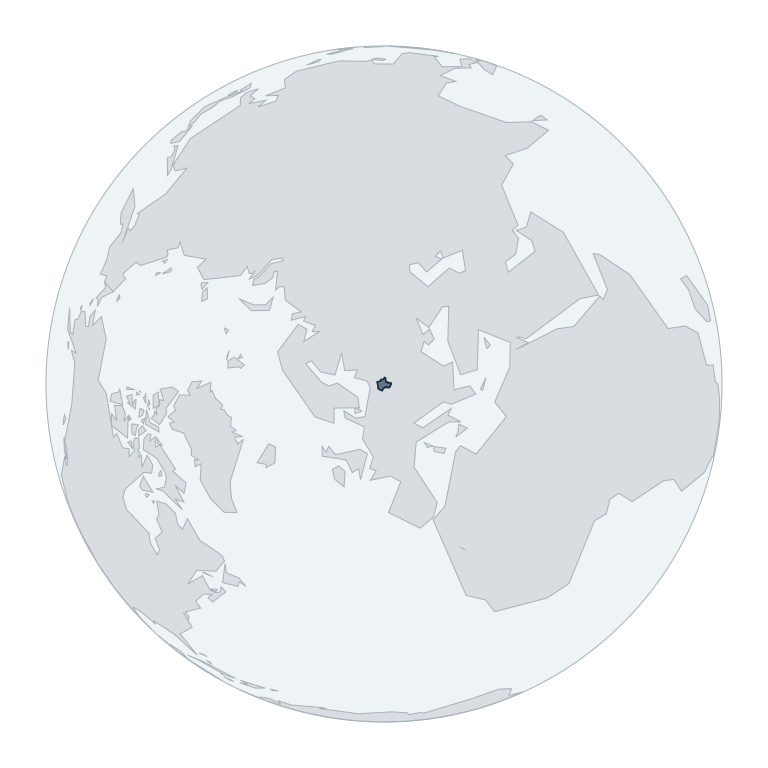 the Earth from above Masovian, rotated 280°
{"feature_id": "POL-3148", "entity_name": "Masovian", "entity_type": "Voivodeship", "adm_level": 1, "iso_a3": "POL", "parent_name": "Poland", "parent_adm1": "", "projection": "orthographic", "projection_center": [21.23, 52.228], "detail": "fine", "context": "on_globe", "style": "filled", "palette": "slate", "viewbox_px": 768, "rotation_deg": 280, "n_neighbors": 0, "source": "natural_earth", "source_scale": "10m", "svg_char_len": 13330}
<svg xmlns="http://www.w3.org/2000/svg" viewBox="0 0 768 768"><g transform="rotate(280 384 384)"><circle cx="384" cy="384" r="338" fill="#eef3f6" stroke="#a8b0b8"/><path d="M157.2,133.5L184.5,111.6L168.2,124.0L177.5,116.5L196.4,103.4L212.2,93.5L238.5,82.0L257.7,82.2L248.2,85.6L253.9,85.9L266.3,82.0L273.0,79.4L309.5,80.1L350.8,75.9L362.7,70.4L361.0,75.4L382.9,63.0L404.6,61.1L380.7,66.1L378.7,68.9L393.8,68.5L395.0,71.5L403.1,73.2L403.2,76.9L389.2,80.3L389.0,83.0L399.7,82.7L406.6,86.8L390.9,86.7L401.3,94.1L379.9,102.6L337.9,101.9L326.5,112.1L284.6,126.8L288.9,129.5L275.8,137.7L276.0,144.2L268.1,145.7L275.0,149.7L282.1,147.1L287.5,148.1L288.2,151.9L278.4,154.3L276.6,152.7L274.1,155.4L268.9,155.1L271.9,157.4L259.9,160.2L272.7,163.2L264.0,170.3L255.7,170.6L255.4,163.0L235.6,147.3L227.2,146.5L215.7,152.3L196.2,178.5L187.4,181.2L176.3,190.3L181.6,191.9L192.2,185.5L199.4,191.4L211.5,183.5L216.2,185.0L229.1,180.6L228.3,189.6L220.5,201.0L209.7,205.4L206.0,210.8L217.2,213.8L198.1,229.7L187.1,254.1L182.0,257.7L170.4,250.8L168.0,232.0L153.0,225.6L163.8,238.5L150.9,248.4L149.3,253.9L150.6,258.9L156.0,258.7L151.8,264.3L139.5,252.9L143.1,247.7L147.0,251.1L145.7,242.7L137.4,236.2L131.5,242.3L125.1,228.1L120.8,232.5L117.0,232.3L124.2,226.0L111.1,237.3L102.6,226.5L84.5,247.2L101.1,221.0L106.2,209.5L110.9,197.9L107.8,200.9L118.2,183.1L120.5,175.3L111.1,184.9L102.3,197.4L118.8,174.6L137.1,153.3L157.2,133.5ZM96.9,205.8L88.9,219.8L90.5,218.4L85.6,230.1L78.9,238.8L68.6,264.4L64.0,275.4L73.2,251.4L84.2,228.1L96.9,205.8ZM58.0,294.9L56.7,300.1L53.2,315.9L54.3,316.2L54.5,325.8L50.7,337.9L53.7,335.0L51.8,348.7L54.4,377.0L53.2,377.5L54.8,416.0L62.5,448.7L64.2,463.8L62.8,466.0L66.8,476.9L66.9,480.6L88.2,522.9L103.6,550.6L106.1,562.5L99.2,561.2L104.7,574.2L91.7,553.5L80.1,531.9L70.2,509.5L62.0,486.4L55.4,462.8L50.5,438.8L47.5,414.5L46.1,390.0L46.6,365.5L48.8,341.1L52.8,316.9L54.1,310.8L56.1,302.5L56.1,302.4L58.0,294.9ZM79.8,252.3L68.4,288.6L70.1,274.5L70.6,275.6L74.5,264.9L80.1,248.8L82.9,237.6L79.8,252.3ZM85.6,253.8L87.1,248.4L86.3,252.9L85.6,253.8ZM275.8,78.0L266.4,81.7L254.8,84.5L262.5,80.9L275.8,78.0ZM298.1,74.7L294.0,76.8L288.0,75.3L292.2,74.5L298.1,74.7ZM371.0,66.2L363.1,67.1L370.3,65.3L371.0,66.2ZM404.1,72.8L406.0,71.8L409.4,73.2L404.1,72.8ZM228.7,176.0L228.8,178.3L226.3,177.9L228.7,176.0ZM234.1,172.1L231.1,170.2L233.2,168.0L235.0,169.3L234.1,172.1ZM412.7,80.4L417.5,83.3L410.2,80.9L412.7,80.4ZM237.3,175.2L237.4,164.6L241.2,161.0L251.3,163.0L237.3,175.2ZM418.7,85.4L430.6,93.1L435.8,91.1L427.9,101.4L420.4,91.1L410.6,88.3L417.4,87.9L418.7,85.4ZM284.1,144.7L276.5,147.6L282.1,141.8L284.1,144.7ZM286.3,140.8L295.9,122.8L307.4,120.9L301.8,127.1L316.2,122.3L317.1,130.2L309.4,134.6L301.8,134.1L308.0,137.6L286.3,140.8ZM421.7,106.2L422.5,108.8L419.0,106.8L421.7,106.2ZM290.1,148.1L291.0,144.5L301.0,142.5L301.0,149.5L297.8,147.9L290.1,148.1ZM319.5,117.4L327.0,117.5L329.8,123.7L333.0,124.7L318.1,130.2L319.5,117.4ZM295.9,150.2L300.8,153.2L296.7,157.7L289.9,151.6L295.9,150.2ZM303.6,139.1L308.4,138.6L305.7,141.1L303.6,139.1ZM285.1,176.0L285.9,171.2L291.2,169.7L285.1,176.0ZM302.9,154.0L304.3,152.5L306.5,151.5L308.8,154.4L302.9,154.0ZM321.1,134.5L320.7,137.2L327.4,132.5L329.8,137.4L319.4,140.3L324.8,141.1L325.6,142.6L316.3,143.4L321.1,134.5ZM317.7,154.4L305.3,160.4L302.5,169.3L297.7,170.8L303.0,156.2L317.7,154.4ZM317.7,147.8L316.6,152.1L311.2,151.6L308.6,148.3L317.7,147.8ZM335.1,139.7L334.1,131.5L336.4,131.2L335.1,139.7ZM318.0,157.0L320.9,155.5L318.4,157.7L318.0,157.0ZM331.0,145.0L330.4,142.1L333.0,141.8L331.0,145.0ZM327.4,155.2L323.4,157.1L321.5,154.8L327.4,155.2ZM329.9,150.6L333.7,151.0L323.3,152.9L329.2,149.3L329.9,150.6ZM333.6,145.2L335.0,144.1L333.5,146.5L333.6,145.2ZM336.9,163.1L324.2,166.1L320.0,160.9L333.0,158.7L336.9,163.1ZM201.6,581.8L179.0,532.5L189.0,521.4L190.1,501.6L258.8,455.9L274.3,465.2L329.4,466.3L336.5,470.0L330.9,486.9L373.1,510.2L385.5,496.2L422.8,505.0L446.9,501.1L453.9,467.5L414.3,473.4L406.5,457.9L437.4,439.4L471.9,434.3L469.9,428.1L447.4,418.3L454.4,404.5L439.4,413.8L446.1,419.3L436.9,425.6L430.2,421.0L433.0,416.1L422.4,414.7L411.9,439.4L417.6,447.7L390.3,454.0L397.1,468.8L390.0,476.1L375.8,454.0L376.6,445.5L350.8,420.3L347.5,429.7L371.6,454.4L364.4,452.4L360.2,466.3L357.8,454.2L332.4,425.8L307.2,428.1L276.5,457.0L261.5,455.8L248.3,444.6L258.2,410.8L290.6,417.5L294.5,406.5L286.8,387.3L297.3,391.3L298.2,384.6L310.3,386.2L326.3,372.3L338.4,372.2L343.7,351.7L350.7,349.1L345.5,361.8L348.5,371.0L378.6,371.0L384.1,366.5L385.1,353.5L393.3,355.6L390.4,343.0L407.2,336.9L384.3,334.1L384.8,319.7L394.3,308.4L390.4,303.4L374.9,322.1L372.4,330.2L376.8,337.7L366.4,360.5L356.3,363.9L351.6,339.0L336.7,341.5L339.6,321.8L379.8,281.8L397.2,273.6L427.9,289.2L424.5,298.7L411.8,297.6L424.5,311.5L423.0,304.2L429.8,306.2L432.0,293.8L436.9,294.8L430.7,281.7L437.0,281.4L440.8,289.7L449.5,272.2L462.2,268.9L461.8,264.5L457.8,260.9L476.6,259.6L475.5,256.5L468.9,255.7L462.3,249.2L458.1,237.4L464.8,237.6L467.3,241.9L482.6,251.5L488.0,263.3L490.4,262.3L487.2,252.1L468.6,240.3L464.1,233.2L473.6,237.5L469.8,235.3L469.7,231.9L475.9,228.9L465.8,223.8L455.5,188.6L466.5,180.0L476.1,187.2L476.0,165.0L488.5,158.4L482.3,157.5L478.2,147.1L474.2,148.9L471.0,147.7L458.4,123.6L460.8,118.6L448.4,108.5L445.3,108.2L442.9,111.3L427.9,101.4L435.8,91.1L442.5,92.2L442.8,85.6L458.2,89.4L471.1,90.0L487.7,98.9L496.4,99.1L495.5,96.5L506.7,95.4L532.9,103.1L515.7,107.9L477.2,101.7L493.3,104.8L490.8,107.6L497.3,111.1L508.5,113.5L509.1,111.5L533.1,135.8L562.4,152.5L557.5,141.2L562.9,138.2L592.0,150.6L633.3,194.0L641.1,193.1L647.2,198.0L653.0,209.1L644.3,202.2L642.6,207.3L636.7,202.1L643.1,218.6L635.0,211.9L644.0,228.6L649.9,229.8L647.2,217.2L658.5,235.4L666.6,233.1L676.8,243.4L694.5,283.8L698.6,310.4L700.8,315.5L697.6,319.1L700.7,337.5L712.5,344.5L714.7,351.4L716.2,381.0L715.0,376.6L706.5,386.2L710.2,405.6L716.9,402.3L719.3,411.9L716.6,419.6L713.4,412.0L710.4,415.0L707.4,399.5L697.6,385.8L694.5,402.1L691.1,393.1L677.2,387.4L670.7,410.3L662.8,459.2L667.8,483.6L662.5,502.1L641.0,484.0L630.0,463.8L623.2,473.2L600.3,465.3L563.6,488.4L557.6,483.7L550.9,491.1L534.7,491.2L525.2,482.3L515.7,487.2L541.0,509.8L551.0,504.4L558.2,487.7L563.4,497.0L578.9,498.6L564.7,534.1L508.9,579.9L502.2,562.3L453.1,515.9L453.9,508.7L453.6,507.9L452.9,506.6L449.8,518.8L440.9,508.2L468.4,545.0L473.6,561.0L508.1,581.3L505.2,585.3L515.9,587.6L548.7,567.4L549.1,573.6L534.4,607.1L487.9,654.1L493.4,670.4L488.9,684.3L458.5,698.4L459.8,704.9L443.9,709.8L442.0,712.8L428.4,717.0L406.2,720.5L370.1,721.0L368.9,719.7L352.5,714.8L330.1,695.7L340.3,686.1L337.5,676.4L311.3,648.8L317.1,634.3L309.8,626.4L294.9,625.5L286.3,615.4L277.2,613.2L219.6,600.8L201.6,581.8ZM236.4,487.0L234.8,493.0L236.4,487.0ZM509.6,444.7L529.4,437.9L518.2,420.4L524.9,416.6L518.6,412.3L517.3,419.2L501.7,406.6L509.4,396.8L505.8,388.2L499.0,390.2L487.4,410.3L509.7,428.3L506.1,438.7L509.6,444.7ZM54.6,377.7L54.4,383.5L53.7,379.0L54.6,377.7ZM67.8,276.9L66.6,282.8L65.1,287.6L65.6,283.7L67.8,276.9ZM63.7,325.6L63.5,333.3L62.6,327.3L63.7,325.6ZM67.2,294.1L63.8,319.9L62.2,309.7L64.8,293.7L64.5,302.0L67.2,294.1ZM81.0,257.2L79.7,261.6L78.4,262.5L81.0,257.2ZM84.9,257.2L85.0,255.9L86.7,252.6L84.9,257.2ZM151.7,249.0L152.5,250.1L152.8,255.7L150.4,254.3L151.7,249.0ZM167.8,274.7L160.7,283.1L164.1,275.8L159.3,275.1L160.5,259.5L179.5,258.7L170.7,261.6L167.8,274.7ZM167.3,239.3L164.4,248.7L166.8,238.5L167.3,239.3ZM290.9,348.0L295.4,353.5L291.2,360.8L275.8,362.5L281.7,351.9L290.9,348.0ZM302.6,359.9L302.2,335.6L311.8,334.0L306.5,338.9L312.9,340.3L306.0,348.6L315.5,371.7L312.5,379.7L285.7,377.5L296.1,373.6L291.2,368.1L302.6,359.9ZM284.4,281.7L284.4,272.7L305.2,280.9L302.8,288.4L287.3,290.2L281.0,282.4L284.4,281.7ZM255.2,181.3L253.9,178.5L256.6,177.7L260.0,179.4L255.2,181.3ZM285.0,173.9L264.0,193.5L261.4,191.1L252.2,206.3L241.7,206.0L248.0,195.9L233.0,207.5L234.5,198.3L225.2,207.1L240.3,184.8L241.0,177.6L244.2,185.7L253.8,186.1L258.2,184.1L271.2,173.3L277.5,158.5L288.0,157.1L293.8,160.1L293.9,163.4L287.0,163.1L292.1,167.8L282.2,170.0L285.0,173.9ZM355.3,203.8L347.3,200.7L355.8,213.2L346.0,214.3L347.6,215.7L340.8,220.4L335.4,228.6L330.8,227.9L330.7,231.5L326.2,234.9L324.5,239.6L315.6,240.2L312.8,246.2L310.2,243.1L307.7,253.4L305.6,246.1L299.6,250.2L304.8,255.1L261.2,249.4L244.6,253.7L231.8,261.7L229.9,248.8L240.6,233.5L257.3,219.7L273.6,217.8L269.8,212.6L276.5,210.3L276.7,215.3L280.3,206.4L285.9,205.9L300.8,195.4L302.6,183.4L308.1,179.6L310.2,184.1L314.2,177.1L321.9,183.2L326.0,180.7L337.7,184.5L339.3,195.1L343.8,191.6L352.9,194.7L355.3,203.8ZM340.1,164.5L344.3,176.2L341.0,182.9L322.0,173.6L317.2,175.0L305.0,170.0L310.1,160.7L313.1,162.9L317.2,162.9L314.0,165.8L319.7,163.6L324.0,166.7L329.6,165.9L329.5,169.9L340.1,164.5ZM344.0,463.9L349.3,465.1L357.6,464.7L355.0,473.7L344.0,463.9ZM326.3,444.9L331.1,444.2L331.5,456.1L326.0,455.2L326.3,444.9ZM333.3,434.0L331.3,443.2L329.1,437.7L333.3,434.0ZM349.9,360.6L355.0,359.3L355.7,362.4L353.1,366.9L349.9,360.6ZM378.5,243.3L374.4,239.9L375.8,238.1L372.6,227.5L379.7,226.2L384.4,232.0L378.5,243.3ZM447.4,474.4L440.7,481.9L436.9,479.5L439.9,477.4L447.4,474.4ZM395.8,479.9L407.8,483.2L395.0,482.3L395.8,479.9ZM385.6,240.0L383.5,235.7L388.3,237.7L385.6,240.0ZM384.7,224.7L390.3,226.0L380.2,224.8L384.7,224.7ZM543.3,663.2L517.7,689.2L502.7,694.6L501.4,691.2L511.9,677.5L529.8,667.5L539.0,657.9L543.3,663.2ZM718.4,432.7L716.6,439.7L707.4,437.2L710.9,428.3L719.1,418.0L718.8,422.8L720.1,418.9L719.7,422.8L718.4,432.7ZM721.7,396.2L721.6,393.1L721.6,384.1L721.7,377.6L717.7,331.8L717.4,328.6L721.2,362.3L721.7,396.2ZM669.2,484.6L676.0,491.7L672.4,498.8L669.2,484.6ZM712.6,307.5L716.5,326.5L711.8,305.5L712.6,307.5ZM707.7,291.0L709.2,294.8L708.5,294.7L707.7,291.0ZM704.1,321.6L704.1,329.7L702.5,326.8L701.4,314.9L704.1,321.6ZM684.6,252.5L690.9,261.3L693.1,265.6L690.1,263.5L684.6,252.5ZM442.8,226.4L439.3,242.2L441.5,253.7L450.1,259.7L436.5,258.4L433.2,240.7L442.8,226.4ZM453.2,193.0L445.7,188.4L449.8,186.4L452.1,187.1L453.2,193.0ZM448.1,193.1L437.3,195.3L433.6,190.1L442.8,189.4L448.1,193.1ZM411.5,217.0L410.0,221.7L406.1,219.8L411.5,217.0ZM708.3,289.1L710.8,298.2L707.1,285.4L708.3,289.1ZM710.5,297.4L709.0,293.0L707.9,288.5L710.5,297.4ZM707.1,285.1L704.1,276.0L705.0,278.5L705.4,279.5L707.1,285.1ZM705.0,284.0L705.6,281.1L707.7,292.1L700.1,276.6L698.6,270.0L705.0,284.0ZM648.0,188.8L644.1,186.3L640.6,180.0L644.3,183.4L648.0,188.8ZM625.6,158.9L638.4,177.6L648.0,193.6L648.5,191.5L657.0,201.1L652.4,200.7L640.4,184.6L634.4,173.8L626.6,167.1L618.0,156.8L609.3,152.1L603.3,146.5L609.3,147.7L625.6,158.9ZM605.7,150.6L587.4,140.6L584.0,132.2L587.3,132.5L597.1,140.5L598.3,144.4L605.7,150.6ZM582.0,135.9L582.9,139.8L558.1,137.1L552.0,134.6L569.1,131.3L571.0,134.9L577.7,137.3L582.0,135.9ZM425.9,108.2L422.8,108.8L424.2,106.7L425.9,108.2ZM468.9,149.0L464.7,147.1L466.4,144.5L468.9,149.0ZM454.0,140.6L454.9,144.8L451.1,140.3L454.0,140.6ZM457.6,154.5L454.0,146.5L461.4,154.3L457.6,154.5Z" fill="#d9dde1" stroke="#a8b0b8" stroke-width="1"/><path d="M385.0,376.8L385.1,377.0L385.2,377.5L385.3,378.1L385.5,378.6L385.6,378.9L385.8,379.0L386.0,379.0L386.1,379.4L386.2,379.6L386.4,379.6L386.5,379.7L386.5,379.9L386.6,380.1L386.9,380.4L387.2,380.3L387.4,380.1L387.5,380.3L387.5,380.6L387.7,380.8L387.9,380.7L388.1,380.6L388.2,380.9L388.2,381.2L388.2,381.4L388.2,381.6L388.2,381.8L388.4,382.0L388.5,382.1L388.6,382.3L388.6,382.5L388.7,382.8L388.8,382.9L388.9,383.0L388.9,382.9L389.0,383.0L389.3,383.0L389.8,383.1L390.1,383.1L390.3,383.2L390.3,383.3L390.5,383.3L390.6,383.5L390.6,383.8L390.3,384.3L390.2,384.5L389.9,384.7L389.5,384.5L389.3,384.5L389.2,384.6L389.2,384.8L388.6,384.9L388.4,384.9L388.1,385.2L387.8,385.2L387.3,385.3L386.8,385.3L386.5,385.4L386.2,385.6L386.3,385.9L386.4,386.1L386.5,386.4L386.6,386.6L386.4,386.7L386.3,386.9L386.5,387.2L386.4,387.4L386.1,387.5L385.8,387.5L385.7,387.4L385.6,387.5L385.6,387.8L385.9,387.9L386.0,387.9L386.2,388.0L386.3,388.2L386.3,388.3L386.2,388.4L386.3,388.4L386.3,388.7L386.2,388.8L386.1,389.0L386.3,389.2L386.3,389.3L386.2,389.5L386.1,389.8L386.1,390.1L386.0,390.3L386.0,390.5L386.2,390.9L385.0,391.2L384.4,391.0L384.1,390.9L383.8,390.8L383.8,390.7L383.7,390.5L383.7,390.3L383.5,390.2L383.4,390.3L383.3,390.5L383.2,390.6L382.7,390.6L382.2,390.5L382.1,390.4L381.4,389.9L381.3,389.6L381.1,389.5L381.0,389.3L381.1,389.2L381.3,389.0L381.4,388.8L381.4,388.6L381.2,388.5L381.2,388.4L381.2,388.2L381.0,387.8L381.1,387.4L381.4,387.4L381.6,387.6L381.9,387.6L382.0,387.5L382.0,387.4L381.9,387.2L381.7,387.0L381.7,386.8L381.7,386.7L381.8,386.6L381.7,386.5L381.5,386.3L381.3,386.0L381.0,385.9L380.6,386.0L380.5,385.9L380.5,385.7L380.4,385.6L380.3,385.3L380.5,385.0L380.4,384.9L380.0,384.7L379.9,384.7L379.8,384.3L379.8,384.2L379.7,384.1L379.4,384.0L379.4,383.9L379.3,383.7L379.1,383.7L379.0,383.9L378.3,384.0L377.9,383.7L377.7,383.6L377.4,383.5L377.0,383.3L377.1,383.2L377.4,382.7L377.3,382.2L377.7,381.3L377.8,381.3L377.8,381.1L377.7,380.9L377.6,380.6L377.7,380.4L377.7,380.2L377.9,380.0L378.0,379.9L378.2,379.7L378.3,379.8L378.4,379.7L378.4,379.3L378.4,379.2L378.6,379.0L378.8,378.8L379.0,378.7L379.3,378.5L380.5,378.8L380.8,378.8L380.9,378.7L381.0,378.6L381.0,378.4L381.3,378.4L381.9,378.1L382.0,377.9L382.4,377.8L382.6,377.8L382.9,377.6L383.2,377.6L383.5,377.5L383.8,377.2L384.1,377.2L384.3,377.2L384.5,376.9L385.0,376.8Z" fill="#64748b" stroke="#1e293b" stroke-width="1.5"/></g></svg>